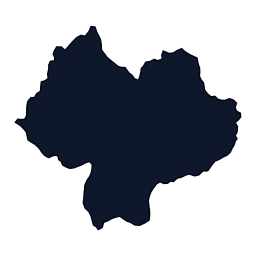 Fortaleza de Minas, Minas Gerais, Brazil
{"feature_id": "56859067B97541071314937", "entity_name": "Fortaleza de Minas", "entity_type": "district", "adm_level": 2, "iso_a3": "BRA", "parent_name": "Brazil", "parent_adm1": "Minas Gerais", "projection": "mercator", "projection_center": [-46.773, -20.89], "detail": "fine", "context": "isolated", "style": "filled", "palette": "ink", "viewbox_px": 256, "rotation_deg": 0, "n_neighbors": 0, "source": "geoboundaries", "source_scale": "gbopen_adm2", "svg_char_len": 2174}
<svg xmlns="http://www.w3.org/2000/svg" viewBox="0 0 256 256"><path d="M154.3,59.4L150.4,61.4L145.7,62.3L144.1,65.3L141.4,68.6L140.9,72.4L139.8,77.0L138.4,80.4L134.4,78.8L131.9,75.2L129.1,73.2L127.1,70.6L125.2,67.6L121.4,67.5L118.1,66.5L115.0,64.0L110.5,60.4L106.7,57.1L104.0,53.3L101.4,50.0L101.2,44.5L100.3,39.3L98.6,35.9L96.8,32.6L95.0,27.1L91.1,26.5L89.3,31.1L85.2,36.3L80.9,35.4L76.8,37.6L72.5,41.9L68.8,46.1L65.2,50.4L61.2,47.0L56.7,47.0L54.5,50.7L53.3,54.2L54.7,57.2L54.7,60.8L50.4,61.4L48.9,64.7L48.8,69.1L47.7,74.1L48.3,78.3L45.0,80.9L41.4,81.9L40.9,86.0L40.5,91.3L36.7,93.7L34.5,97.7L30.9,97.7L27.8,101.6L27.0,106.1L26.8,111.2L26.6,115.8L24.7,119.3L21.1,119.7L17.9,119.2L15.4,122.3L20.7,125.6L24.0,129.1L26.4,132.0L27.1,135.4L28.1,139.9L31.5,142.2L34.7,144.0L37.5,146.5L39.8,149.0L41.9,152.2L44.4,155.1L48.6,157.6L53.8,155.3L57.9,155.5L58.8,159.6L61.4,161.6L62.6,164.9L66.0,166.8L69.7,168.3L73.8,167.8L77.1,166.5L81.5,164.9L85.7,162.5L89.5,161.4L92.3,164.4L92.1,168.3L91.6,171.9L89.8,176.5L87.2,180.2L85.0,185.0L84.3,192.6L83.9,198.3L83.3,202.7L85.2,208.1L88.8,211.4L91.2,216.2L92.5,221.2L93.6,225.1L96.4,226.7L98.3,229.5L102.1,227.5L103.6,222.4L108.0,220.6L111.7,218.5L116.5,216.8L120.0,216.2L123.8,219.0L127.1,221.1L130.2,222.1L134.9,224.9L139.6,225.3L144.3,223.1L149.0,220.1L149.5,215.7L149.5,211.1L148.8,205.9L148.2,200.8L149.0,197.0L150.4,192.9L152.8,188.7L156.4,183.9L160.0,181.7L163.8,183.4L167.6,183.2L170.2,181.0L173.4,181.5L177.0,178.2L181.7,177.0L185.8,174.9L189.3,174.0L194.8,175.8L199.0,174.7L202.9,170.9L207.5,170.8L209.7,168.1L211.7,164.9L215.1,161.0L219.1,159.4L222.4,157.3L226.7,155.3L230.2,152.2L232.0,148.3L234.1,144.8L235.1,141.3L237.0,138.5L235.0,135.9L237.0,132.1L237.4,126.5L235.0,122.7L238.0,120.1L240.6,117.1L240.3,113.2L236.5,111.2L235.0,107.7L236.4,103.1L233.5,100.2L229.5,98.7L225.0,100.5L221.4,100.3L217.7,99.3L215.0,96.4L211.0,96.8L207.4,93.9L204.4,89.8L204.0,86.2L203.3,82.6L201.2,80.1L199.3,76.2L199.7,72.1L199.5,68.2L198.1,64.0L197.0,58.1L193.8,56.6L189.5,54.6L185.0,51.8L181.7,48.7L176.9,50.7L173.4,53.1L169.0,53.5L163.3,51.1L161.9,55.0L162.3,59.2L157.6,60.8L154.3,59.4Z" fill="#0f172a" stroke="#020617" stroke-width="1.5"/></svg>